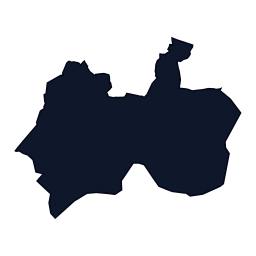 Ugwunagbo, Abia, Nigeria
{"feature_id": "59680162B43108992465432", "entity_name": "Ugwunagbo", "entity_type": "district", "adm_level": 2, "iso_a3": "NGA", "parent_name": "Nigeria", "parent_adm1": "Abia", "projection": "orthographic", "projection_center": [7.346, 5.019], "detail": "fine", "context": "isolated", "style": "filled", "palette": "ink", "viewbox_px": 256, "rotation_deg": 0, "n_neighbors": 0, "source": "geoboundaries", "source_scale": "gbopen_adm2", "svg_char_len": 3000}
<svg xmlns="http://www.w3.org/2000/svg" viewBox="0 0 256 256"><path d="M172.0,38.0L172.3,41.0L173.0,45.0L172.6,45.0L172.0,44.8L171.2,44.6L170.6,44.6L169.8,44.6L169.6,46.2L168.0,49.4L168.7,50.0L169.9,50.8L169.3,51.4L169.1,51.8L168.7,52.0L168.3,52.4L167.2,53.0L166.2,53.5L165.8,54.1L165.2,55.1L164.3,54.5L164.1,54.3L162.8,54.4L162.1,54.4L160.1,54.0L159.9,55.3L160.1,56.8L159.8,58.6L159.4,59.1L157.9,60.2L157.2,61.2L156.0,64.6L155.8,66.6L155.7,68.6L155.3,71.0L155.6,72.3L156.0,74.2L155.9,75.0L155.7,75.5L155.7,75.9L156.0,76.4L157.5,77.9L155.2,80.3L152.9,82.8L152.3,83.5L151.9,84.4L151.4,85.5L147.8,93.1L146.8,95.0L146.1,95.6L145.5,96.1L145.0,96.9L144.0,97.2L143.5,97.1L142.9,96.7L142.3,96.4L141.1,96.3L139.9,96.3L138.4,95.9L135.6,95.3L129.0,93.9L127.3,93.6L126.8,93.5L126.6,94.1L126.3,94.6L126.0,95.0L125.7,95.6L124.6,97.4L124.4,97.2L123.9,97.3L118.2,97.5L117.7,97.5L116.6,97.5L116.0,97.4L115.4,97.4L113.4,97.8L111.5,97.4L108.3,96.8L107.4,94.1L106.1,92.2L106.5,92.1L107.0,91.6L109.8,89.1L110.9,87.6L111.4,87.2L111.1,85.7L110.7,83.7L110.6,83.3L110.5,82.9L109.6,83.4L109.3,76.6L108.7,74.9L104.0,73.6L100.2,73.9L95.6,74.5L95.2,75.9L93.2,74.4L89.7,71.7L86.9,67.1L87.5,66.2L87.0,65.7L86.0,64.0L85.8,63.7L85.5,63.4L84.8,62.3L84.5,61.7L84.4,61.2L83.6,61.7L82.0,63.5L81.0,65.1L78.7,63.2L78.2,62.9L73.4,61.9L72.1,62.2L71.0,62.2L69.6,61.5L69.3,61.4L68.7,61.4L66.8,63.2L62.7,73.1L63.3,74.3L62.8,74.5L62.5,75.0L62.8,75.5L61.8,76.3L60.9,75.3L47.4,83.0L47.1,85.4L46.2,93.3L46.1,93.8L44.2,94.7L44.8,101.3L45.4,103.3L45.4,103.7L44.9,104.6L44.0,106.6L44.0,107.1L44.3,107.9L44.5,108.4L42.7,109.6L42.0,110.1L41.7,110.2L41.4,110.4L41.1,110.6L40.8,110.8L40.4,111.2L36.7,122.4L37.2,124.8L23.1,141.3L18.4,147.0L15.4,150.8L15.6,150.9L15.8,151.1L16.0,151.2L16.5,151.1L17.2,151.1L18.1,151.0L19.3,150.9L20.3,151.4L21.1,152.0L21.7,152.4L22.4,152.8L23.3,153.3L24.3,153.7L25.9,154.2L27.6,154.8L29.9,156.8L32.3,159.0L32.9,159.5L33.2,160.2L34.2,164.2L35.9,171.7L36.4,172.1L39.2,172.7L42.6,173.4L43.4,173.8L37.1,181.0L50.8,193.8L49.1,202.9L50.9,213.3L53.1,215.7L55.2,218.0L74.2,200.9L86.9,193.2L96.4,192.4L108.0,193.4L114.9,194.3L121.6,189.9L121.2,180.8L133.2,163.0L139.1,163.0L144.3,164.7L153.4,178.2L159.0,186.2L168.2,189.9L172.3,191.4L184.8,193.0L185.8,192.9L190.3,195.9L201.9,194.2L203.1,193.9L219.9,186.3L223.3,183.7L229.1,153.5L225.4,147.8L225.3,145.9L225.0,141.6L240.6,112.9L230.2,99.1L219.9,90.6L220.8,88.6L219.6,89.1L218.9,89.1L217.2,89.4L215.5,89.4L214.0,88.9L209.7,88.7L208.1,88.7L203.6,89.6L201.7,89.9L197.7,90.3L192.1,91.0L189.2,89.8L187.6,89.3L185.9,89.0L182.5,88.6L180.3,88.4L179.1,88.2L180.1,81.2L180.3,79.5L179.0,70.9L178.4,69.1L177.9,66.9L177.3,63.6L177.0,61.4L178.9,60.9L179.6,61.0L180.1,61.4L180.7,61.2L182.6,59.9L183.4,59.4L184.6,58.9L185.4,58.8L186.3,58.5L187.2,58.1L187.9,57.4L188.6,56.6L189.1,55.7L189.8,54.8L190.0,54.2L190.1,53.3L189.8,52.4L189.6,51.1L190.0,50.8L190.9,49.3L192.2,47.4L192.5,46.7L192.6,45.6L192.6,45.1L183.6,42.1L177.4,40.1L172.0,38.0Z" fill="#0f172a" stroke="#020617" stroke-width="1.5"/></svg>